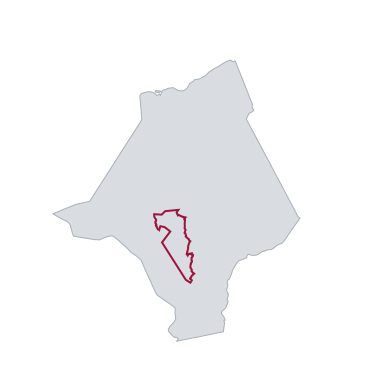 Laisamis, Eastern, Kenya (highlighted), rotated 213°
{"feature_id": "3690345B46270372847124", "entity_name": "Laisamis", "entity_type": "district", "adm_level": 2, "iso_a3": "KEN", "parent_name": "Kenya", "parent_adm1": "Eastern", "projection": "albers", "projection_center": [37.15, 2.304], "detail": "fine", "context": "in_parent", "style": "outline", "palette": "rose", "viewbox_px": 384, "rotation_deg": 213, "n_neighbors": 0, "source": "geoboundaries", "source_scale": "gbopen_adm2", "svg_char_len": 6650}
<svg xmlns="http://www.w3.org/2000/svg" viewBox="0 0 384 384"><g transform="rotate(213 192 192)"><path d="M87.3,228.9L87.3,224.5L87.9,213.1L87.9,203.1L88.5,198.1L90.9,195.0L92.1,192.6L92.9,189.4L94.2,186.8L97.2,184.7L97.7,183.5L100.8,179.9L102.7,175.4L104.1,173.8L105.8,172.4L107.1,171.6L109.1,170.9L110.7,170.4L111.0,170.1L111.1,169.3L110.6,166.5L111.3,165.5L112.4,163.7L113.6,161.9L114.8,160.8L115.4,159.6L115.7,157.6L115.7,156.2L115.7,153.9L115.4,148.6L114.1,144.2L113.3,139.3L113.9,137.6L112.9,134.7L112.3,134.6L111.5,134.0L110.4,131.2L109.6,128.7L109.1,128.1L105.6,125.9L103.9,120.8L101.9,119.7L100.9,114.6L100.7,113.1L101.8,108.0L101.7,106.9L100.5,105.8L97.2,104.7L94.5,102.6L94.9,101.8L95.1,101.1L93.7,100.6L89.6,91.9L94.9,86.7L100.2,81.4L107.0,74.7L113.3,68.6L118.7,63.3L123.5,58.6L123.4,59.5L123.4,60.7L124.0,61.4L125.0,61.9L126.4,61.4L127.6,60.6L128.8,60.5L136.0,62.5L137.2,64.2L137.1,66.0L137.4,67.4L136.9,68.7L136.3,72.8L136.4,76.5L138.6,79.3L140.5,81.5L142.1,84.5L143.2,85.5L144.8,85.9L149.8,86.1L157.1,86.3L164.2,86.5L164.8,86.5L166.3,87.0L172.9,91.1L178.8,94.9L183.9,98.1L188.8,101.3L193.6,104.4L197.3,107.0L200.9,107.8L206.8,108.1L210.9,108.2L214.7,109.3L220.4,110.3L224.6,110.8L227.1,111.4L234.2,112.0L235.3,111.6L238.4,108.8L241.9,104.1L243.3,101.6L247.8,99.0L255.7,95.5L261.2,93.0L267.4,90.5L270.2,92.6L274.1,96.1L275.9,97.8L277.3,98.6L279.4,99.1L281.9,99.1L283.3,99.0L286.2,98.5L292.9,98.1L296.7,98.1L293.5,102.7L289.7,108.3L282.6,118.5L277.2,123.9L273.1,128.0L272.8,128.7L272.8,133.3L272.9,144.3L273.0,166.5L273.2,188.6L273.3,210.7L273.4,221.7L273.5,225.4L277.1,230.1L280.6,234.6L285.3,240.6L287.8,243.8L288.2,244.9L288.1,247.0L284.3,251.5L281.2,253.6L276.9,254.6L275.7,254.4L274.0,253.7L273.3,254.8L272.9,256.5L271.9,256.1L271.2,255.7L271.6,258.6L272.1,260.1L271.5,262.1L269.4,263.8L269.2,265.3L264.8,269.2L258.5,269.6L255.2,271.5L253.7,273.1L252.6,276.5L253.0,281.7L251.2,285.8L250.9,287.8L247.7,290.4L246.2,292.8L245.1,295.3L244.2,296.3L243.1,301.8L241.6,305.1L241.2,306.2L240.8,307.2L239.7,309.1L238.9,310.5L238.4,311.4L234.5,319.9L231.5,323.7L229.2,323.3L227.6,324.7L227.4,325.4L226.6,325.0L224.6,323.7L220.6,320.8L216.5,317.9L212.4,315.0L208.4,312.2L204.3,309.3L200.3,306.4L196.2,303.5L192.2,300.6L189.8,299.0L188.8,298.0L187.9,296.0L187.5,295.5L186.5,294.8L185.2,294.7L184.8,294.3L184.8,293.4L185.3,292.0L186.8,289.3L186.9,287.8L186.6,286.0L186.2,283.2L185.8,282.5L183.1,281.0L177.5,277.9L171.8,274.8L166.2,271.7L160.6,268.6L155.0,265.5L149.4,262.4L143.8,259.3L138.2,256.1L132.6,253.0L127.0,249.9L121.3,246.8L115.7,243.6L110.1,240.5L104.5,237.4L98.9,234.3L93.3,231.1L91.2,229.9L89.3,228.9L87.3,228.9ZM274.0,259.2L273.0,259.4L273.5,257.9L276.4,256.0L277.6,256.4L277.8,256.8L277.7,257.2L277.2,257.6L274.0,259.2Z" fill="#d9dde1" stroke="#a8b0b8" stroke-width="1"/><path d="M211.6,152.8L211.5,152.6L211.4,152.3L211.0,151.8L210.8,151.5L210.6,151.4L210.3,150.9L209.9,150.6L209.4,150.3L208.7,149.9L207.7,149.6L207.4,149.4L207.2,149.3L206.7,148.9L206.7,148.7L206.6,148.3L206.6,148.1L206.4,147.9L206.3,147.6L206.3,147.4L206.3,147.0L206.4,146.9L206.2,146.7L206.0,146.4L205.9,146.2L205.6,145.9L205.4,145.9L205.2,145.9L205.1,145.7L204.9,145.5L204.7,145.4L204.4,145.4L204.2,145.3L204.2,145.2L204.1,144.8L204.1,144.6L203.9,144.6L203.8,144.2L203.6,144.0L203.4,144.0L203.4,143.9L203.1,143.6L202.9,143.6L202.7,143.6L202.3,143.5L202.2,143.3L202.0,143.1L201.8,143.1L201.4,142.9L201.1,142.6L200.8,142.5L200.7,142.4L200.5,142.2L200.2,142.1L199.9,142.2L199.7,142.3L199.4,142.4L199.2,142.4L198.8,142.3L199.7,145.3L199.9,146.1L196.0,147.6L192.2,147.4L188.7,147.0L189.7,133.4L149.4,115.0L144.0,115.0L144.0,117.7L144.0,117.8L144.4,118.0L144.5,118.1L144.8,118.1L145.0,118.1L145.5,118.2L145.7,118.3L146.0,118.5L146.3,118.5L146.3,118.4L146.4,118.2L146.5,118.2L146.6,118.4L146.6,118.5L146.5,119.0L146.2,119.9L146.2,120.0L146.3,120.1L146.4,120.3L146.5,120.4L146.5,120.5L146.6,121.0L146.5,121.5L146.6,121.8L146.5,122.0L146.4,122.1L146.2,122.4L146.3,122.5L146.3,122.8L146.3,123.0L146.2,123.3L146.2,123.5L146.0,123.8L145.9,124.0L145.9,124.3L145.8,124.5L146.0,124.5L146.1,124.8L146.3,124.8L146.8,124.8L147.1,124.8L147.3,124.9L147.6,124.8L147.9,125.0L148.3,125.1L148.5,125.2L149.1,125.3L149.3,125.2L149.3,124.9L149.4,125.1L149.4,125.4L149.4,125.6L149.5,125.7L149.5,125.8L149.6,126.0L149.7,126.4L149.7,126.5L150.0,126.8L150.5,127.0L150.8,127.2L151.0,127.3L151.3,127.4L151.7,127.6L151.9,127.6L152.0,127.7L152.2,127.9L152.6,128.2L152.6,128.3L152.7,128.5L152.8,128.8L153.1,129.4L153.2,129.6L153.3,129.8L153.4,130.0L153.6,130.2L153.6,130.4L153.6,130.5L153.6,130.9L153.7,131.1L153.8,131.4L153.9,131.5L154.1,131.6L154.3,131.7L154.3,131.8L154.1,132.1L154.0,132.4L154.0,132.5L154.0,133.1L154.1,133.4L154.1,133.6L154.2,133.8L154.3,134.0L154.5,134.2L154.7,134.3L154.9,134.3L155.0,134.3L155.0,134.5L155.5,135.1L156.0,135.5L156.2,136.0L156.3,136.3L156.3,136.5L156.5,136.6L156.5,136.9L156.5,137.2L156.4,137.3L156.4,137.5L156.5,137.8L156.4,138.1L156.3,138.6L156.5,138.9L156.7,139.6L156.8,139.6L157.0,139.7L157.1,139.8L157.3,139.9L157.5,139.7L157.8,139.6L158.0,139.6L158.1,139.4L158.4,139.6L158.5,139.9L158.8,139.8L158.9,139.7L158.9,139.4L159.0,139.4L159.1,139.5L159.3,139.6L159.3,140.0L159.4,139.9L159.5,139.6L159.5,139.3L159.8,139.3L159.9,139.0L160.2,138.7L160.6,138.3L160.8,138.4L160.9,138.2L161.0,137.8L161.0,137.7L161.0,137.2L161.0,136.8L161.2,137.0L161.2,136.9L161.3,136.9L161.7,136.8L161.8,136.8L162.0,136.8L162.4,136.7L162.5,136.8L162.7,137.3L162.8,137.6L164.7,143.1L165.0,143.3L165.3,143.6L166.0,145.2L166.2,146.2L166.5,147.0L166.5,147.5L166.7,148.1L166.8,148.7L166.7,148.9L166.7,149.0L166.7,149.4L166.6,149.7L166.6,149.8L166.8,149.8L167.2,149.6L167.3,149.6L167.5,149.6L167.8,149.8L168.2,150.1L168.7,150.3L169.0,150.7L170.8,150.8L171.3,151.0L171.9,151.1L172.0,151.2L172.4,151.2L172.8,151.2L173.0,151.2L173.1,151.8L173.3,152.2L173.4,152.4L173.6,152.4L174.6,153.1L174.8,153.6L175.0,153.7L175.3,153.7L176.0,153.7L176.8,156.7L176.8,156.8L177.8,157.2L178.2,157.4L178.3,157.4L179.5,159.5L181.3,162.1L181.9,163.4L183.5,166.1L183.6,166.3L183.8,166.4L183.9,166.6L184.0,166.6L184.1,166.8L184.0,167.0L184.3,166.9L184.3,166.7L184.5,166.5L184.5,166.3L184.7,166.6L184.8,166.7L185.0,166.6L185.4,166.5L185.4,166.4L185.6,166.3L185.8,166.1L186.0,166.0L186.3,166.1L186.5,166.0L186.8,166.1L187.0,166.0L187.5,165.8L187.9,165.9L188.1,165.9L188.4,165.7L188.7,165.7L188.8,165.7L189.0,165.7L189.3,165.7L189.5,165.6L189.8,165.6L190.0,165.6L190.3,165.4L190.3,165.5L190.5,165.5L190.6,165.4L190.9,165.4L191.0,165.4L191.0,165.2L191.0,164.9L191.1,164.7L193.8,166.4L193.7,169.6L195.5,168.2L201.4,163.4L204.0,161.4L205.1,156.5L211.6,152.8Z" fill="none" stroke="#9f1239" stroke-width="2"/></g></svg>